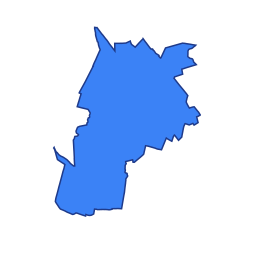 the district of Cefa, Bihor, Romania, rotated 286°
{"feature_id": "2599482B41773522941584", "entity_name": "Cefa", "entity_type": "district", "adm_level": 2, "iso_a3": "ROU", "parent_name": "Romania", "parent_adm1": "Bihor", "projection": "equal_earth", "projection_center": [21.696, 46.898], "detail": "fine", "context": "isolated", "style": "filled", "palette": "blue", "viewbox_px": 256, "rotation_deg": 286, "n_neighbors": 0, "source": "geoboundaries", "source_scale": "gbopen_adm2", "svg_char_len": 5531}
<svg xmlns="http://www.w3.org/2000/svg" viewBox="0 0 256 256"><g transform="rotate(286 128 128)"><path d="M226.3,170.3L225.9,167.2L225.7,164.9L225.2,161.2L225.0,159.2L224.7,157.7L224.6,157.0L224.5,156.9L222.8,154.1L222.6,153.8L215.3,142.0L204.5,140.3L204.2,139.9L204.7,139.1L205.6,137.7L206.3,137.8L206.5,137.3L207.4,134.1L209.3,131.9L210.0,130.4L210.1,130.2L210.4,130.3L210.5,130.2L210.7,129.5L210.7,129.4L210.5,129.1L210.3,128.6L210.3,128.2L211.3,126.7L214.8,122.1L215.7,120.8L217.7,118.3L218.0,117.9L217.9,117.9L217.4,117.6L215.8,116.7L215.2,116.4L212.7,115.1L210.2,113.9L207.7,112.6L208.0,111.9L208.6,110.2L209.0,109.2L209.3,108.5L209.6,108.1L210.3,107.5L211.8,106.4L212.2,106.2L209.1,102.6L207.8,99.0L205.7,91.9L198.5,94.1L203.9,86.7L205.1,85.4L205.6,84.7L206.6,83.5L207.1,82.7L208.0,81.4L209.4,79.5L210.3,78.3L211.3,76.7L213.5,73.8L214.3,72.7L216.0,70.5L215.8,70.1L215.7,69.7L215.6,69.2L215.6,68.9L215.6,68.7L215.7,68.4L215.6,68.2L215.3,68.3L214.1,68.6L213.9,68.8L212.5,69.5L211.5,70.0L210.7,70.5L208.8,71.1L207.9,71.5L207.2,71.9L204.3,73.7L202.5,74.8L202.3,75.5L202.1,75.7L201.7,75.9L201.1,76.1L199.9,76.7L199.3,77.0L197.2,78.4L195.8,79.5L195.4,79.7L193.8,79.4L191.6,79.1L187.4,78.5L184.9,78.2L183.2,77.9L181.4,77.6L179.8,77.4L177.7,77.2L177.7,77.5L177.4,77.4L160.5,74.1L155.2,72.9L154.8,72.8L149.1,71.5L148.3,71.4L147.9,73.5L147.1,73.4L146.7,73.5L144.1,73.4L140.8,73.4L137.9,73.3L137.7,73.3L134.5,73.3L134.6,77.5L134.8,81.8L134.9,84.5L132.8,86.8L132.3,87.3L132.2,87.4L132.0,87.5L131.5,87.6L131.2,87.6L130.0,87.5L129.7,87.4L129.3,87.5L129.0,87.7L128.6,87.9L128.2,88.0L127.7,88.1L127.4,88.0L127.2,87.7L127.0,87.4L126.8,87.2L126.6,87.0L126.4,87.0L126.1,87.0L125.9,87.0L125.7,87.0L124.6,86.9L124.3,87.1L124.0,87.4L123.8,87.5L122.8,87.8L122.6,87.8L122.4,87.8L122.1,87.6L121.9,87.4L121.7,87.3L121.5,87.2L121.0,87.3L119.6,87.5L119.3,86.9L118.2,84.8L116.3,81.1L115.4,80.0L114.9,79.4L114.0,79.2L110.7,78.9L110.2,79.1L109.1,79.7L108.9,79.9L108.8,80.2L108.6,80.9L108.4,81.3L108.1,81.9L107.9,82.3L107.7,82.3L107.3,82.1L106.6,81.8L106.4,81.7L105.9,80.8L105.3,79.3L104.5,79.2L103.5,79.3L102.9,79.3L101.3,78.8L90.2,82.7L84.6,84.6L84.0,84.7L83.1,85.0L79.9,86.1L79.7,86.2L78.3,86.7L76.8,87.2L76.5,86.1L76.6,85.9L76.7,85.6L77.1,84.6L78.0,82.5L78.2,82.1L78.7,81.5L78.9,81.3L79.5,80.1L80.3,78.8L80.7,78.0L81.1,76.9L81.6,75.3L82.0,74.1L82.2,73.0L82.5,71.0L83.3,68.8L84.7,66.9L85.3,65.6L85.5,65.1L86.3,64.6L86.8,64.1L88.1,63.0L88.4,62.6L88.9,62.3L88.3,62.1L88.1,62.4L87.5,63.0L86.3,63.9L84.5,65.0L84.0,65.4L82.5,66.2L78.2,68.9L77.5,71.1L76.8,73.3L76.2,75.3L75.5,77.4L72.8,77.5L71.8,77.6L68.2,77.5L64.7,77.6L54.1,77.8L51.8,77.8L49.7,77.9L44.8,78.0L42.4,78.0L41.4,78.0L39.7,78.1L37.6,78.4L37.2,78.5L35.8,80.0L34.3,81.8L32.7,83.6L31.5,85.3L31.4,85.7L31.2,87.8L30.9,90.1L30.3,92.8L30.1,95.2L29.9,96.7L29.8,97.2L29.7,98.2L29.7,98.5L29.7,98.8L30.0,99.2L30.1,99.5L30.5,100.0L30.8,100.3L31.1,100.6L31.8,101.2L32.0,101.5L32.1,103.0L32.0,104.3L31.9,105.7L31.9,106.3L31.8,107.9L31.7,111.5L33.3,111.4L33.2,112.3L33.1,113.1L33.2,114.3L33.4,115.4L34.2,117.0L35.9,118.7L39.0,118.4L40.8,118.2L41.2,120.1L41.1,120.9L41.3,121.7L41.7,123.0L42.0,123.9L42.8,126.4L43.2,128.0L43.5,128.9L44.0,131.3L44.1,132.2L44.3,132.8L44.4,133.0L44.6,133.5L44.8,133.8L45.5,135.1L46.1,135.0L46.4,136.1L46.6,136.6L47.1,138.5L47.7,140.1L48.0,141.3L48.6,144.1L61.9,142.6L65.3,142.3L69.2,141.6L71.8,141.2L73.9,140.9L76.0,140.5L76.9,140.4L78.3,140.0L78.9,140.1L79.7,140.3L81.4,140.9L81.6,140.9L81.8,140.9L82.0,140.8L82.4,140.5L82.8,140.1L83.2,140.0L83.6,139.8L84.0,139.7L84.2,139.3L84.2,138.9L84.2,138.6L84.1,138.3L84.2,138.0L84.4,137.6L84.7,137.4L84.8,137.2L85.1,137.2L86.7,137.1L87.0,137.0L87.2,136.9L87.6,136.5L87.9,136.3L88.2,136.4L90.4,135.8L91.2,135.6L91.9,135.7L92.4,135.8L92.7,136.0L93.1,136.1L93.5,136.0L93.7,135.8L93.9,135.5L94.2,135.3L94.5,135.2L95.1,135.0L95.4,135.5L96.3,137.1L97.7,139.5L98.7,141.2L98.3,141.5L96.8,142.1L96.5,142.3L96.7,142.8L96.7,143.3L96.8,143.5L97.2,143.8L99.3,145.2L103.4,148.0L105.9,149.6L107.2,150.3L115.8,149.8L115.9,150.3L116.1,152.3L116.1,153.9L116.1,155.4L116.1,156.6L116.1,158.3L116.1,159.6L115.9,161.4L115.9,162.4L116.1,164.1L116.3,166.2L128.9,167.6L128.3,169.4L127.8,171.6L127.5,173.0L127.3,173.7L127.3,173.8L130.2,173.9L132.3,174.0L133.7,174.4L134.0,174.5L133.9,174.8L133.7,175.1L130.1,180.0L134.1,182.2L135.4,182.0L138.9,181.7L141.9,181.4L143.1,181.3L144.7,181.2L146.4,181.4L147.5,181.6L147.9,181.6L148.0,181.7L147.8,186.0L150.3,189.1L149.0,190.7L150.3,191.9L152.5,193.9L154.2,192.9L157.7,190.9L158.2,191.6L158.5,192.1L158.8,192.4L159.4,192.8L159.6,193.1L159.8,193.5L160.0,193.7L160.5,193.8L160.6,193.7L162.0,192.2L162.8,191.3L163.4,190.3L166.6,185.8L166.2,184.8L165.0,182.8L164.1,181.5L165.0,180.5L166.8,178.7L167.6,178.0L168.8,176.9L169.1,176.8L169.6,176.7L170.4,176.6L171.5,176.6L172.4,176.5L173.2,176.5L174.0,176.5L175.6,176.6L176.3,175.6L176.6,175.3L177.1,174.7L177.3,174.4L181.8,167.9L183.7,165.1L188.5,158.5L188.8,158.6L189.1,158.7L189.7,158.7L190.0,158.7L194.8,165.7L198.5,163.9L199.4,163.5L200.2,164.8L200.9,165.8L201.6,166.8L202.4,168.0L207.7,176.2L208.3,175.3L208.7,174.5L209.1,173.7L209.4,173.0L209.6,172.9L209.8,172.8L211.1,171.9L211.7,171.5L211.9,171.2L212.1,170.9L212.2,170.7L212.2,169.6L212.1,168.4L212.1,168.2L213.0,166.0L213.2,165.8L213.5,165.6L214.5,165.5L218.2,164.5L218.4,164.4L219.7,164.6L220.1,164.7L220.5,165.0L220.8,165.4L221.1,165.7L221.4,166.2L221.6,166.7L222.0,167.2L222.4,167.7L223.3,168.3L224.5,169.1L225.1,169.6L225.8,170.1L226.1,170.2L226.3,170.3Z" fill="#3b82f6" stroke="#1e3a8a" stroke-width="1.5"/></g></svg>